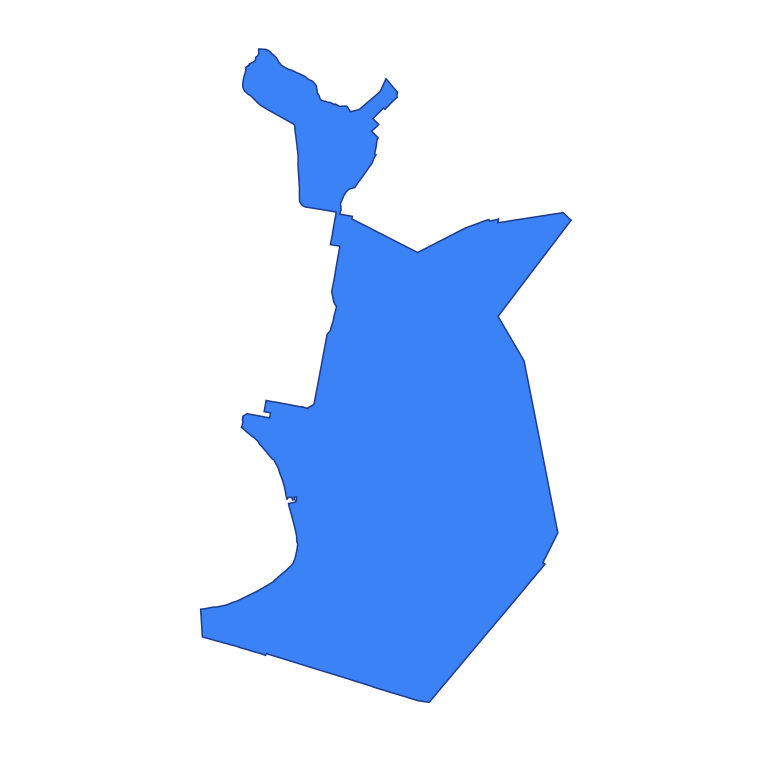 the district of Hilversum, Noord-Holland, Netherlands, rotated 12°
{"feature_id": "6326949B10155979142139", "entity_name": "Hilversum", "entity_type": "district", "adm_level": 2, "iso_a3": "NLD", "parent_name": "Netherlands", "parent_adm1": "Noord-Holland", "projection": "mercator", "projection_center": [5.144, 52.232], "detail": "fine", "context": "isolated", "style": "filled", "palette": "blue", "viewbox_px": 768, "rotation_deg": 12, "n_neighbors": 0, "source": "geoboundaries", "source_scale": "gbopen_adm2", "svg_char_len": 6003}
<svg xmlns="http://www.w3.org/2000/svg" viewBox="0 0 768 768"><g transform="rotate(12 384 384)"><path d="M585.0,493.5L547.3,405.0L535.8,378.0L516.2,332.3L481.5,294.1L499.8,255.1L520.0,212.4L533.0,184.8L531.1,183.9L523.7,179.1L475.7,197.3L467.3,200.6L461.9,202.5L461.9,199.9L461.8,199.1L461.9,198.8L461.6,198.6L461.3,199.0L460.8,199.4L460.2,199.7L453.4,202.8L452.3,201.4L450.0,202.6L447.8,203.9L444.3,206.2L444.1,206.4L431.6,214.1L389.6,248.4L376.9,245.0L318.3,229.2L318.2,226.6L311.9,226.8L305.3,227.0L305.6,225.3L305.7,222.7L305.6,221.8L305.5,221.4L305.2,220.8L305.1,219.5L304.6,218.5L304.2,217.7L304.0,216.7L304.0,215.7L304.4,214.1L304.7,212.5L305.6,208.1L305.7,207.6L306.9,204.4L307.3,203.6L307.6,203.1L308.7,201.6L309.4,200.8L310.2,200.2L311.1,199.7L314.4,198.0L314.7,197.6L315.2,196.2L317.1,191.7L318.1,189.6L319.2,187.1L323.5,177.2L326.6,170.0L326.7,168.6L327.2,165.6L327.8,163.5L328.5,161.4L327.0,161.0L327.0,152.7L326.4,147.1L326.4,146.7L326.6,146.1L327.1,144.4L322.4,141.3L319.3,139.4L321.0,136.8L321.1,136.7L321.3,136.7L324.0,132.6L324.8,131.1L318.0,126.8L326.2,114.1L327.8,115.2L328.0,114.9L328.0,114.7L335.4,103.3L336.6,101.6L337.2,101.4L337.3,101.2L336.8,99.8L336.6,98.5L336.7,96.2L336.6,95.9L334.9,94.5L334.1,94.0L333.2,93.2L332.0,92.4L322.7,85.1L322.4,85.1L320.8,92.9L319.5,98.3L319.2,99.1L315.4,104.1L311.7,108.9L308.8,112.6L304.6,118.2L302.9,120.4L302.1,121.0L301.5,121.4L294.3,124.7L293.5,123.4L292.7,122.8L291.8,121.8L291.4,121.3L290.8,120.8L290.0,120.1L289.7,119.9L288.1,120.3L285.9,120.8L283.7,121.5L282.8,121.6L282.1,121.5L280.2,120.8L279.5,120.6L278.2,120.3L278.0,121.0L275.5,120.5L274.2,120.1L273.5,119.8L272.5,119.8L270.5,120.1L270.0,120.1L269.5,120.0L268.6,119.6L268.4,119.5L268.2,119.5L267.1,119.9L266.6,119.9L265.6,119.6L264.0,119.5L263.4,119.3L262.6,118.7L262.1,118.2L261.6,117.4L261.0,116.1L260.3,115.2L259.8,114.6L258.8,113.7L258.5,113.4L258.3,113.1L257.8,111.8L257.5,110.7L257.1,109.7L256.2,107.2L255.9,106.5L254.1,104.8L252.6,103.9L251.2,102.8L250.4,102.5L247.9,102.0L246.9,101.7L246.2,101.4L243.3,99.8L241.6,99.3L241.1,99.0L239.7,98.9L237.3,98.2L235.2,97.9L229.1,96.4L225.5,96.0L223.3,95.5L221.9,95.1L220.5,94.6L218.6,94.0L217.5,93.6L216.8,93.2L215.7,92.1L214.2,91.0L213.6,90.2L212.0,88.6L211.5,87.8L210.4,86.9L209.2,86.2L208.7,85.9L207.9,85.2L207.1,84.9L205.3,84.0L204.2,83.1L201.3,81.7L200.9,81.6L198.6,81.3L195.5,81.8L192.0,82.2L192.0,83.4L192.1,84.3L192.2,84.7L192.3,85.0L192.6,85.9L192.7,86.2L192.7,86.9L192.5,87.7L192.6,88.2L192.5,88.8L192.2,89.4L191.7,89.9L190.9,90.7L190.7,91.0L190.7,91.4L190.8,93.2L190.9,93.7L190.8,94.1L190.7,94.4L190.6,94.7L190.4,94.9L190.1,95.2L189.3,96.1L188.0,97.1L187.1,98.1L185.7,99.0L185.5,99.4L185.7,100.5L185.2,100.7L184.9,101.0L183.0,103.1L183.1,103.3L183.4,104.0L183.5,104.4L183.5,105.2L183.5,108.4L183.1,113.0L183.1,114.7L183.2,117.2L183.5,120.3L183.9,121.7L184.0,122.2L184.6,123.6L185.2,124.5L185.8,125.3L186.5,126.0L187.2,126.7L188.1,127.2L191.3,129.1L191.8,129.2L192.6,129.3L193.3,129.5L197.2,132.0L201.3,134.8L205.4,137.1L213.1,139.8L241.6,148.6L242.1,148.9L242.6,149.4L242.8,149.8L243.8,152.9L244.6,155.6L245.1,157.1L246.5,160.5L247.3,163.2L248.5,166.6L248.9,167.6L250.0,171.2L251.7,176.0L252.3,177.9L252.8,179.8L253.5,183.2L254.0,186.0L254.5,188.5L255.0,190.2L256.8,196.5L260.4,209.4L262.9,220.9L263.3,222.1L264.0,223.6L264.3,224.0L266.0,225.6L266.6,226.0L267.5,226.4L269.3,227.1L270.4,227.2L287.2,226.3L301.4,225.8L301.6,227.5L302.2,245.6L302.4,248.5L302.6,258.8L312.2,258.4L312.8,277.9L313.2,285.8L313.3,285.9L313.6,301.6L313.7,304.7L314.0,305.6L317.8,314.1L318.1,314.7L318.7,315.4L321.1,317.9L321.4,318.5L321.5,319.4L321.3,322.5L321.0,327.7L321.1,330.4L321.2,332.4L320.8,336.6L320.6,337.8L320.5,339.3L320.5,341.8L320.4,342.8L320.3,343.0L318.7,346.1L318.3,346.5L318.1,346.8L318.3,359.3L319.2,392.4L319.7,418.5L314.5,423.1L314.4,423.9L308.5,423.2L308.5,423.6L307.8,423.6L283.2,424.2L278.5,424.5L272.1,424.6L272.5,436.0L277.9,435.8L279.0,435.9L279.2,441.0L271.8,441.1L256.2,441.6L252.8,444.8L252.9,445.1L252.7,445.1L253.0,447.3L253.0,448.5L254.0,451.0L253.9,452.3L253.9,454.6L253.7,455.5L253.5,456.0L255.2,456.9L255.8,457.2L259.6,459.4L264.8,462.1L265.2,462.4L267.2,463.2L268.8,463.9L273.4,466.9L273.7,467.1L273.7,467.7L275.3,469.1L277.3,470.5L277.3,470.4L278.0,470.9L278.0,471.0L290.0,480.4L292.7,481.4L292.9,481.9L293.5,482.9L294.6,484.2L296.2,485.9L296.9,486.8L298.0,488.3L298.5,489.1L300.1,492.0L301.2,493.9L301.6,494.6L301.8,494.7L305.2,500.0L305.5,500.7L305.7,501.0L308.0,505.3L309.0,507.7L309.7,509.4L310.5,511.2L311.2,513.1L313.0,516.8L313.4,516.6L313.5,516.1L313.5,515.1L317.4,514.0L318.5,516.4L320.5,515.8L319.7,513.3L321.9,512.7L322.6,516.0L321.7,516.2L322.2,517.8L315.4,520.8L317.0,524.3L322.3,534.4L323.7,537.2L328.3,546.6L330.3,551.5L330.9,554.4L331.4,555.9L331.5,556.3L332.5,557.8L332.7,558.3L332.9,558.7L333.2,562.3L333.3,565.4L333.3,567.9L333.4,570.7L333.2,570.7L333.3,572.8L333.1,574.1L332.5,576.8L332.2,578.2L331.7,579.6L331.2,580.6L329.2,583.4L327.6,585.8L320.9,594.5L319.0,597.3L318.9,597.2L318.8,597.3L317.5,599.1L317.9,599.4L311.9,605.1L308.7,607.9L308.0,608.6L301.5,614.3L299.4,615.9L291.3,622.2L286.6,626.0L285.1,627.0L281.8,628.9L276.0,632.7L274.6,633.5L269.9,635.5L267.5,636.7L266.5,637.0L265.1,637.2L263.5,637.7L254.6,641.4L251.5,642.4L252.1,644.6L252.5,646.0L252.7,646.9L253.9,651.0L254.3,652.7L254.7,653.8L254.9,654.9L256.0,658.4L257.5,664.3L258.9,669.1L262.1,669.4L263.7,669.4L264.5,669.5L265.8,669.5L273.0,670.1L277.0,670.2L278.1,670.3L278.3,670.2L278.6,670.3L281.0,670.6L282.8,670.5L284.0,670.7L285.8,670.7L288.1,671.1L288.9,671.0L291.6,671.1L293.0,671.1L293.3,671.2L297.3,671.6L297.5,671.4L297.9,671.8L298.1,671.8L306.0,672.3L307.1,672.4L307.6,672.5L307.8,672.6L308.2,672.6L314.4,673.1L316.8,673.1L319.4,673.3L324.6,674.1L325.1,672.2L378.7,677.1L405.9,679.5L420.1,680.9L428.6,681.6L441.1,683.1L483.1,686.7L489.9,686.3L494.4,685.9L543.5,593.5L548.8,583.7L560.6,561.5L573.1,537.6L579.0,526.7L576.5,525.9L577.4,522.5L585.0,493.5Z" fill="#3b82f6" stroke="#1e3a8a" stroke-width="1.5"/></g></svg>